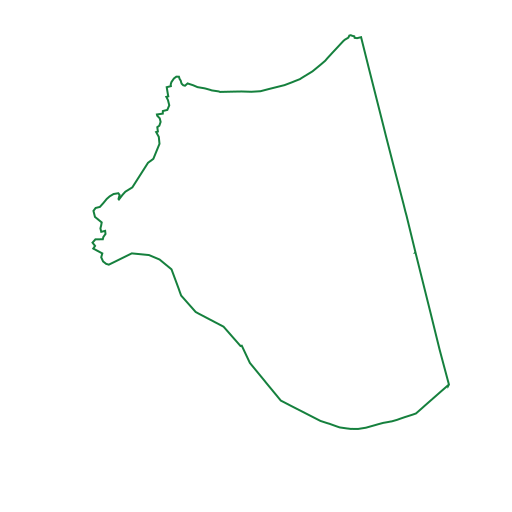 Lower Niumi, North Bank, Gambia (Natural Earth projection), rotated 76°
{"feature_id": "56634734B30137768679203", "entity_name": "Lower Niumi", "entity_type": "district", "adm_level": 2, "iso_a3": "GMB", "parent_name": "Gambia", "parent_adm1": "North Bank", "projection": "natural_earth1", "projection_center": [-16.449, 13.506], "detail": "fine", "context": "isolated", "style": "outline", "palette": "green", "viewbox_px": 512, "rotation_deg": 76, "n_neighbors": 0, "source": "geoboundaries", "source_scale": "gbopen_adm2", "svg_char_len": 2480}
<svg xmlns="http://www.w3.org/2000/svg" viewBox="0 0 512 512"><g transform="rotate(76 256 256)"><path d="M428.7,101.1L427.4,99.9L415.5,100.1L409.9,100.2L403.9,100.3L391.0,100.5L354.0,100.4L336.1,100.4L291.0,100.4L291.0,100.6L290.8,100.4L273.4,100.3L253.2,100.2L248.9,100.3L241.3,100.3L200.5,100.7L170.8,100.9L161.8,100.9L159.8,100.9L101.3,101.1L92.0,101.1L69.1,101.1L69.1,102.4L69.1,105.2L68.2,107.5L66.6,107.5L65.5,109.6L64.7,110.6L64.7,112.1L66.5,113.6L67.6,117.4L68.5,119.2L77.4,132.9L81.5,139.1L83.3,141.6L84.5,144.0L85.7,146.4L90.5,156.5L93.6,166.4L94.5,169.2L95.0,170.5L95.7,175.9L96.1,178.6L97.1,187.0L97.1,192.6L97.1,203.0L97.2,211.8L95.5,220.9L92.9,230.1L91.9,234.4L91.3,237.0L88.1,251.2L87.2,252.5L87.1,252.8L84.6,258.9L83.8,260.1L81.3,264.5L80.7,265.7L78.3,271.2L78.0,271.9L75.1,275.7L72.6,279.7L72.0,280.6L73.6,283.7L72.7,285.3L71.6,286.0L70.7,286.5L69.5,286.6L68.7,286.6L67.8,286.6L67.4,286.7L66.0,287.2L65.6,287.3L63.4,287.4L62.7,289.9L63.9,292.7L66.8,296.0L68.8,297.2L70.6,297.5L70.6,301.8L76.7,302.3L79.9,302.5L79.9,304.5L83.5,303.7L88.8,303.7L92.8,306.7L92.8,306.8L92.8,311.3L95.3,312.0L94.7,317.9L96.0,317.9L99.1,316.1L102.8,316.1L106.2,318.3L107.1,320.6L111.5,321.1L111.6,322.9L116.5,321.6L116.9,321.5L123.8,322.5L136.9,332.1L139.4,338.2L159.5,359.4L162.0,367.2L164.2,370.5L168.0,375.3L167.4,375.6L163.8,373.6L161.8,374.4L161.4,379.2L162.7,383.5L164.2,386.4L164.5,387.0L167.7,391.3L170.6,395.6L170.6,400.0L172.8,402.7L172.9,402.8L179.1,402.8L186.1,397.6L188.8,398.8L191.6,400.3L195.1,400.3L195.1,396.3L198.2,396.7L200.6,399.5L202.7,400.6L201.0,407.8L203.5,411.4L207.3,409.7L209.4,412.1L209.9,411.6L216.3,404.5L219.8,406.5L224.3,405.7L226.2,404.2L227.4,403.3L228.7,401.0L228.8,400.9L227.2,393.4L223.4,375.9L229.2,359.6L236.1,350.4L238.4,348.7L248.1,341.5L248.6,341.2L269.3,338.9L272.7,338.6L276.3,338.2L295.7,328.1L298.3,325.3L306.4,316.2L307.6,314.8L310.5,311.6L311.1,310.9L316.7,304.6L339.6,292.8L339.6,291.5L358.3,287.8L380.2,277.4L380.5,277.3L402.3,266.9L404.3,264.6L409.7,258.5L421.2,245.3L431.5,233.5L431.6,233.4L435.3,227.5L436.7,225.1L437.6,223.8L441.2,218.4L442.6,216.2L445.6,208.8L445.6,208.7L446.0,207.7L446.7,205.9L447.0,204.6L448.5,198.9L449.2,190.9L448.9,180.8L448.8,178.4L448.7,172.9L449.0,168.8L449.2,165.1L449.3,164.4L449.1,158.6L448.8,155.9L448.3,150.1L448.2,148.2L447.8,142.2L447.5,139.0L447.5,138.9L444.0,132.1L443.9,131.9L442.2,128.7L439.0,122.5L432.7,110.3L428.0,101.1L428.7,101.1Z" fill="none" stroke="#15803d" stroke-width="2"/></g></svg>